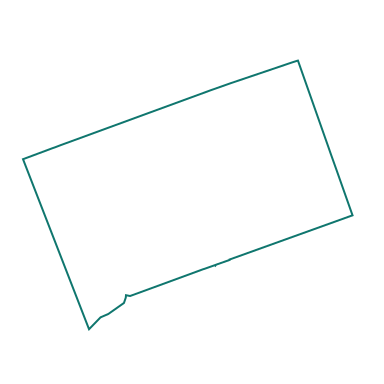 Alamance, North Carolina, United States of America, rotated 69°
{"feature_id": "52423323B75735385248620", "entity_name": "Alamance", "entity_type": "district", "adm_level": 2, "iso_a3": "USA", "parent_name": "United States of America", "parent_adm1": "North Carolina", "projection": "robinson", "projection_center": [-79.37, 36.046], "detail": "fine", "context": "isolated", "style": "outline", "palette": "teal", "viewbox_px": 384, "rotation_deg": 69, "n_neighbors": 0, "source": "geoboundaries", "source_scale": "gbopen_adm2", "svg_char_len": 565}
<svg xmlns="http://www.w3.org/2000/svg" viewBox="0 0 384 384"><g transform="rotate(69 192 192)"><path d="M100.8,338.0L283.2,337.3L276.2,322.2L276.3,321.7L276.2,321.4L275.9,314.0L275.9,313.9L271.2,295.3L266.9,291.7L264.7,290.6L266.9,287.1L268.1,209.0L268.2,208.3L268.5,196.8L269.1,196.6L268.5,195.6L268.9,181.2L268.5,181.1L271.3,50.5L223.5,49.2L206.6,48.8L200.2,48.6L111.0,46.1L107.3,46.0L107.2,46.8L106.9,51.9L104.3,116.4L104.2,120.3L103.7,138.4L103.7,139.0L101.2,297.3L101.2,304.2L101.1,306.5L100.8,338.0Z" fill="none" stroke="#0f766e" stroke-width="2"/></g></svg>